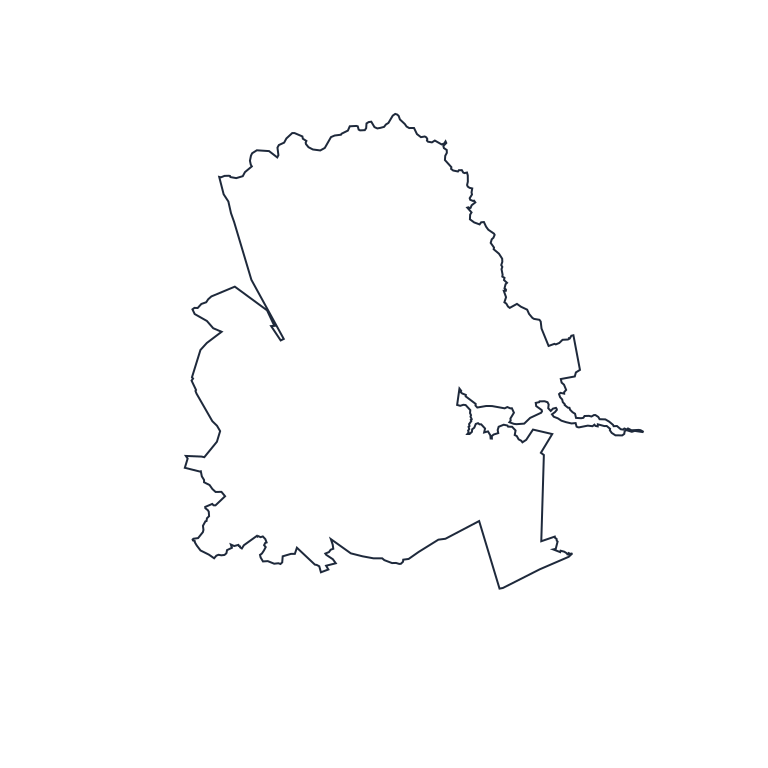 Ahuacatlán, Nayarit, Mexico (Equal Earth projection), rotated 122°
{"feature_id": "50627088B49891327076679", "entity_name": "Ahuacatlán", "entity_type": "district", "adm_level": 2, "iso_a3": "MEX", "parent_name": "Mexico", "parent_adm1": "Nayarit", "projection": "equal_earth", "projection_center": [-104.583, 21.051], "detail": "fine", "context": "isolated", "style": "outline", "palette": "slate", "viewbox_px": 768, "rotation_deg": 122, "n_neighbors": 0, "source": "geoboundaries", "source_scale": "gbopen_adm2", "svg_char_len": 6166}
<svg xmlns="http://www.w3.org/2000/svg" viewBox="0 0 768 768"><g transform="rotate(122 384 384)"><path d="M295.7,633.5L308.1,620.5L311.7,612.7L320.2,604.3L326.0,597.0L365.9,551.7L398.9,492.9L401.8,494.7L394.7,510.4L392.8,507.8L383.5,522.2L380.5,562.1L401.2,576.8L405.3,578.0L408.9,578.1L412.9,581.3L418.3,582.3L419.9,585.1L422.2,586.0L425.0,581.6L424.4,567.6L427.2,558.4L425.8,549.4L443.1,556.0L452.4,557.7L480.1,550.4L480.6,548.8L483.1,549.0L488.7,540.2L489.8,540.2L491.5,537.9L506.5,509.9L507.9,503.5L510.8,498.0L521.5,495.1L541.3,497.6L542.2,500.2L550.0,513.9L551.3,511.0L560.6,508.5L555.8,493.7L555.1,493.1L558.9,489.5L560.7,485.8L562.7,484.5L562.1,478.4L564.0,473.9L564.8,469.6L561.6,464.7L563.4,459.3L576.2,462.6L577.2,464.3L576.7,466.1L583.0,470.5L584.0,469.7L584.4,466.4L585.2,464.9L588.8,462.3L591.7,463.0L594.3,461.9L595.1,462.7L600.2,462.4L603.4,459.8L605.6,459.1L613.2,460.0L616.2,463.6L617.3,463.9L617.9,463.1L617.5,461.2L618.5,460.5L620.2,457.2L622.4,451.4L621.5,442.1L621.8,435.7L618.4,435.2L616.5,433.8L615.5,431.2L613.6,428.8L612.4,428.3L610.8,428.0L608.1,429.1L603.5,426.2L601.3,428.8L600.8,425.2L597.6,422.2L598.3,421.2L598.0,420.1L598.8,419.4L598.8,417.4L595.0,417.4L580.1,411.3L580.5,410.4L579.6,409.9L579.3,407.5L577.5,406.0L578.4,402.5L580.6,399.6L581.7,400.5L584.2,400.3L585.0,397.9L588.8,397.6L592.5,397.7L594.6,398.6L596.5,396.7L598.6,392.6L595.8,388.7L594.6,381.9L592.0,378.6L591.5,376.4L589.2,375.8L583.8,378.6L577.4,372.9L575.3,369.6L569.0,371.1L573.8,346.9L573.1,345.2L572.9,342.3L577.1,337.7L570.8,332.9L568.8,336.8L561.6,329.9L559.7,334.5L559.5,342.5L558.9,343.9L555.7,341.6L552.8,341.4L550.6,339.7L547.4,342.4L543.7,346.9L545.2,322.4L541.5,310.9L537.4,300.5L532.8,293.1L533.2,290.4L531.6,282.3L529.4,279.0L528.5,275.7L527.5,274.4L524.6,273.7L522.8,274.6L519.3,270.4L508.0,265.6L487.2,255.4L482.7,249.9L449.8,230.7L496.3,177.6L494.0,175.1L458.6,153.7L432.7,135.8L427.8,134.5L429.2,135.7L429.5,137.5L430.5,136.9L431.3,138.2L430.7,139.0L430.7,142.3L431.8,145.9L433.2,145.5L434.6,152.8L432.8,151.0L425.6,153.3L425.3,154.5L423.9,155.6L423.8,157.4L422.9,158.3L434.0,167.3L359.5,210.8L359.2,214.5L337.3,214.8L343.7,233.5L356.0,233.8L360.1,235.7L359.4,237.5L359.6,240.5L357.8,243.8L358.0,246.1L353.7,247.8L352.4,252.7L354.4,256.2L353.8,257.3L355.1,260.9L359.5,264.1L362.8,263.2L365.1,261.1L368.7,264.2L371.0,265.0L373.1,263.6L373.7,264.7L371.2,266.6L369.1,270.7L372.0,273.4L368.2,274.7L366.7,280.2L367.6,281.6L367.4,283.5L369.3,285.0L373.2,284.3L375.7,285.2L378.0,284.1L381.0,284.9L382.2,286.8L380.2,286.6L378.9,288.0L377.1,287.8L375.5,289.6L374.4,289.2L372.9,290.6L369.1,290.3L368.4,291.4L367.3,291.0L365.9,293.3L364.3,293.7L363.1,295.6L360.4,297.0L358.6,303.6L359.6,305.7L362.1,307.8L363.0,310.9L347.9,317.6L348.9,314.9L350.3,314.6L350.6,312.7L349.9,308.8L351.2,308.2L352.3,295.7L353.8,295.0L354.5,292.4L348.6,285.8L345.5,280.8L340.7,268.8L338.2,267.2L337.7,263.9L336.8,262.7L339.5,258.6L346.3,258.5L347.9,257.2L350.0,257.4L349.0,252.8L347.9,250.4L343.3,244.1L335.3,242.1L325.1,235.5L323.5,235.5L322.5,236.5L322.1,243.2L319.6,245.3L317.2,242.8L316.3,242.9L313.5,238.6L312.8,235.7L314.1,233.5L317.5,231.9L318.5,228.3L315.4,227.7L313.1,225.5L313.6,224.4L314.3,223.7L317.2,224.1L320.7,225.5L321.8,222.7L321.0,218.4L321.1,214.1L319.9,209.4L318.1,204.1L315.6,200.8L318.1,198.1L318.0,197.0L317.5,195.7L311.3,189.1L309.3,184.8L307.0,184.0L307.5,182.5L306.7,180.3L304.9,181.3L302.9,174.8L301.6,172.9L302.2,168.5L303.5,168.0L304.8,165.0L304.9,160.5L301.3,154.7L299.0,153.8L296.5,154.9L294.7,154.1L293.2,148.5L290.9,146.5L287.7,139.2L287.1,139.3L287.2,141.9L287.9,143.6L292.1,149.6L292.4,153.5L293.8,153.7L294.4,156.6L295.9,157.0L296.9,159.2L296.2,164.2L298.1,166.9L297.3,168.0L296.6,173.0L296.7,177.5L299.6,182.5L298.4,184.8L298.3,188.2L299.1,189.5L301.6,190.8L302.4,193.3L304.9,197.0L307.0,197.0L308.5,198.6L311.0,203.2L308.0,206.2L308.0,209.2L307.2,212.6L305.9,214.1L306.6,215.4L306.1,219.6L305.4,219.9L304.6,222.8L302.7,224.7L301.9,227.6L299.8,230.2L298.0,229.7L296.7,226.1L295.5,226.9L292.5,226.4L289.2,231.0L288.7,234.1L286.1,236.7L276.5,226.2L272.5,227.4L268.2,225.3L242.3,249.2L243.8,250.7L246.4,250.6L247.0,251.3L247.4,250.8L248.8,251.6L251.9,256.0L256.3,257.1L259.4,259.3L259.6,260.7L264.5,264.6L253.5,279.8L248.0,284.2L247.2,286.2L249.3,291.3L249.3,293.2L247.7,298.1L245.1,302.0L245.9,308.8L245.6,313.7L252.8,317.7L252.6,319.9L251.0,322.9L250.9,325.2L245.7,326.5L241.5,331.8L240.4,330.1L239.6,330.4L239.7,331.4L239.1,331.5L239.0,332.5L234.9,333.8L233.0,333.3L232.3,337.3L230.1,338.1L230.2,340.6L228.5,341.3L224.3,345.2L222.0,345.7L221.0,347.6L217.7,348.4L215.1,350.2L212.6,355.5L211.6,362.4L210.0,363.0L207.8,368.3L204.2,369.3L202.0,368.7L198.9,369.2L198.2,370.4L197.9,377.3L196.5,380.8L193.7,385.1L195.4,387.3L198.0,387.5L199.2,393.2L198.8,398.4L194.7,400.7L192.1,400.7L190.3,406.8L189.4,406.0L189.4,404.4L188.7,403.9L186.0,404.4L181.6,402.8L180.8,404.8L181.6,405.5L182.1,408.5L181.0,409.8L176.7,409.8L175.1,411.3L171.4,412.8L172.3,415.4L172.2,417.6L171.2,419.0L168.0,420.1L162.7,423.5L160.7,425.7L162.5,427.5L162.7,428.9L161.4,431.3L163.0,433.8L164.6,433.9L166.3,438.5L166.0,441.1L164.4,441.8L161.8,451.0L158.0,453.0L154.7,453.2L152.3,454.8L152.2,458.2L150.7,459.8L146.6,458.9L145.6,460.4L148.1,460.4L150.3,462.1L150.6,469.9L153.7,471.4L155.2,475.1L154.8,476.6L153.3,477.1L152.4,478.8L152.5,480.6L155.1,483.5L154.6,488.5L151.0,494.2L153.6,498.3L153.7,501.3L152.5,504.1L151.2,510.7L148.9,513.6L148.5,515.5L149.0,517.6L151.8,518.8L160.3,518.6L162.9,519.9L165.9,520.2L168.8,522.9L170.8,525.1L171.2,528.2L168.3,533.8L170.0,535.8L172.3,536.9L176.5,534.7L178.9,534.8L181.6,538.7L181.7,540.3L179.4,542.8L179.8,544.2L183.6,549.6L188.2,548.9L194.2,552.6L195.4,552.6L199.4,557.5L202.7,559.8L215.2,559.3L219.7,561.8L222.8,568.6L223.2,573.5L221.9,577.3L220.9,578.3L219.0,578.6L219.0,582.8L217.3,584.4L218.6,592.8L219.8,594.8L227.5,596.9L232.2,596.6L237.1,599.8L240.0,599.6L245.9,594.8L248.4,594.6L247.4,604.9L253.2,615.7L258.2,618.1L260.9,617.8L265.7,616.0L268.6,613.2L269.5,611.4L278.0,614.2L282.6,613.9L287.7,618.4L289.9,623.9L289.2,624.9L289.6,625.9L292.0,629.5L295.1,631.8L295.7,633.5Z" fill="none" stroke="#1e293b" stroke-width="2"/></g></svg>